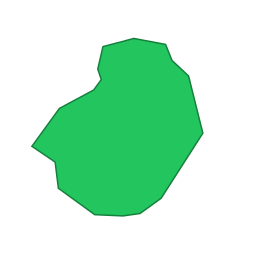 Peqin, Elbasan, Albania (Robinson projection), rotated 126°
{"feature_id": "67620474B93113119561724", "entity_name": "Peqin", "entity_type": "district", "adm_level": 2, "iso_a3": "ALB", "parent_name": "Albania", "parent_adm1": "Elbasan", "projection": "robinson", "projection_center": [19.782, 41.055], "detail": "fine", "context": "isolated", "style": "filled", "palette": "green", "viewbox_px": 256, "rotation_deg": 126, "n_neighbors": 0, "source": "geoboundaries", "source_scale": "gbopen_adm2", "svg_char_len": 374}
<svg xmlns="http://www.w3.org/2000/svg" viewBox="0 0 256 256"><g transform="rotate(126 128 128)"><path d="M88.2,64.4L50.3,109.6L47.5,132.1L38.3,146.7L52.1,175.9L76.9,196.1L98.1,187.1L104.5,178.1L117.4,178.1L152.4,195.0L199.3,195.0L198.4,166.9L217.7,148.9L217.7,104.0L202.1,80.4L190.1,68.0L165.3,59.9L88.2,64.4Z" fill="#22c55e" stroke="#15803d" stroke-width="1.5"/></g></svg>